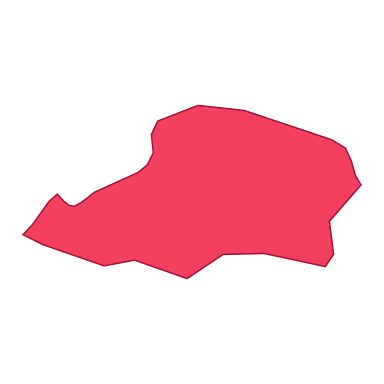 SVG path tracing the border of Sopron
{"feature_id": "HUN-4904", "entity_name": "Sopron", "entity_type": "Urban county", "adm_level": 1, "iso_a3": "HUN", "parent_name": "Hungary", "parent_adm1": "", "projection": "natural_earth1", "projection_center": [16.553, 47.692], "detail": "fine", "context": "isolated", "style": "filled", "palette": "rose", "viewbox_px": 384, "rotation_deg": 0, "n_neighbors": 0, "source": "natural_earth", "source_scale": "10m", "svg_char_len": 494}
<svg xmlns="http://www.w3.org/2000/svg" viewBox="0 0 384 384"><path d="M198.0,105.4L243.9,110.4L331.5,139.7L345.3,148.0L351.2,160.5L355.3,175.2L361.0,185.0L329.4,221.3L333.6,254.4L325.3,266.6L264.3,253.5L223.2,254.4L187.0,278.6L134.4,260.1L104.1,265.9L42.8,244.6L23.0,234.7L32.7,224.3L49.3,201.1L57.3,194.1L63.6,201.0L69.1,205.4L74.2,206.3L81.4,202.4L94.4,192.3L138.0,172.5L147.3,164.8L153.3,152.8L151.4,134.5L157.9,121.0L198.0,105.4Z" fill="#f43f5e" stroke="#9f1239" stroke-width="1.5"/></svg>